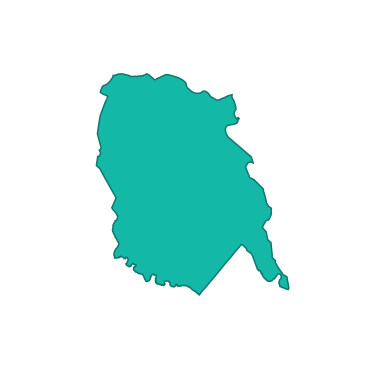 outline of Yagha, Yagha, Burkina Faso, rotated 40°
{"feature_id": "67063806B32901667163906", "entity_name": "Yagha", "entity_type": "district", "adm_level": 2, "iso_a3": "BFA", "parent_name": "Burkina Faso", "parent_adm1": "Yagha", "projection": "mercator", "projection_center": [0.619, 13.408], "detail": "fine", "context": "isolated", "style": "filled", "palette": "teal", "viewbox_px": 384, "rotation_deg": 40, "n_neighbors": 0, "source": "geoboundaries", "source_scale": "gbopen_adm2", "svg_char_len": 6048}
<svg xmlns="http://www.w3.org/2000/svg" viewBox="0 0 384 384"><g transform="rotate(40 192 192)"><path d="M175.1,292.3L175.6,292.0L176.7,291.0L176.9,290.4L177.7,289.9L177.9,289.4L177.7,289.1L177.8,288.7L178.0,288.7L178.4,288.8L178.8,288.7L178.8,288.3L178.6,287.5L178.7,287.0L179.4,286.7L180.2,286.6L180.7,286.4L181.2,286.4L182.1,286.4L182.7,286.7L183.3,286.4L183.8,285.9L183.8,285.5L183.5,285.3L183.4,284.3L183.8,284.1L185.0,284.1L185.3,284.3L186.4,284.6L186.9,285.3L187.0,285.8L187.4,286.8L187.4,287.2L187.4,287.6L187.8,288.2L187.9,288.9L187.6,289.4L188.0,289.5L188.2,290.0L188.5,290.1L191.2,289.8L191.9,289.4L192.3,289.3L192.3,288.9L192.7,288.5L192.8,287.9L192.8,287.5L192.3,287.1L192.0,286.6L192.7,285.3L192.7,284.8L192.8,284.5L193.6,284.8L194.0,284.5L194.4,284.7L195.6,283.9L196.0,284.0L196.5,284.5L196.4,284.8L196.5,285.3L196.2,285.5L195.9,286.9L196.1,287.0L196.0,287.5L196.1,287.8L196.7,288.1L196.8,288.6L197.1,288.9L197.5,289.3L198.7,289.3L199.1,289.2L199.5,289.5L199.8,289.5L200.6,289.4L200.8,289.1L201.8,288.8L202.4,288.9L203.3,288.6L203.6,288.8L204.0,288.7L204.8,287.8L206.0,287.4L206.6,287.0L207.2,287.0L207.7,287.0L208.6,287.4L209.8,288.0L210.3,288.2L210.9,288.7L211.9,289.1L212.5,289.2L213.0,289.4L213.6,290.0L214.5,289.9L214.9,289.6L215.1,289.2L215.6,288.6L215.9,288.0L216.2,287.1L215.9,286.3L215.9,285.3L215.2,284.0L214.8,283.3L214.5,283.1L214.8,282.7L214.7,281.5L214.5,280.7L214.8,279.9L216.2,279.7L216.6,280.0L217.1,279.3L217.5,279.1L218.0,279.2L218.7,279.5L218.8,279.7L219.6,280.8L219.9,281.2L219.7,281.6L219.8,282.1L220.6,282.8L220.7,283.2L221.3,283.7L221.5,283.5L221.7,284.0L222.1,284.3L222.6,284.2L222.7,284.7L223.0,284.7L223.5,284.2L223.9,284.8L224.4,284.8L224.7,284.6L225.1,284.5L225.4,284.3L225.5,283.9L226.3,283.9L226.6,283.8L226.7,283.6L227.3,283.1L227.8,283.2L228.5,283.1L228.8,282.8L228.4,282.5L228.5,282.3L228.8,282.2L229.5,282.2L229.8,281.9L230.3,281.9L230.6,281.3L230.7,280.4L230.2,279.6L229.8,279.6L229.3,279.5L228.6,278.3L228.7,277.9L229.0,277.4L229.3,277.3L229.5,277.1L229.5,276.6L229.8,276.1L231.3,275.5L231.6,275.3L232.0,275.3L232.4,275.8L233.3,275.6L233.7,275.9L234.1,276.1L234.2,276.8L234.7,276.9L235.3,277.4L236.0,277.5L236.7,277.5L237.4,277.3L238.1,276.8L239.1,276.5L239.7,275.3L239.5,274.5L239.1,273.1L239.2,272.8L239.4,272.5L240.1,272.5L240.6,273.3L240.9,273.4L241.3,273.4L241.6,272.8L243.0,272.4L243.2,272.1L243.2,271.2L244.1,271.0L244.1,270.5L244.6,269.6L245.5,269.2L246.2,268.6L246.5,268.6L247.0,267.7L248.0,267.5L248.8,267.2L249.1,267.0L249.2,266.8L249.4,266.6L250.0,266.9L250.5,267.0L251.4,266.6L252.6,266.3L253.2,266.5L255.3,266.7L256.3,266.3L256.7,266.3L256.9,266.4L257.9,266.2L258.9,265.9L259.2,265.9L260.2,266.3L260.5,266.2L261.5,266.2L262.5,265.9L262.6,266.2L262.8,266.2L263.7,266.2L263.5,260.7L263.7,254.9L263.7,239.1L263.5,225.5L263.6,213.7L263.4,211.4L263.6,200.6L265.2,200.0L269.6,200.3L271.8,201.5L277.2,201.1L279.8,202.2L292.1,209.3L292.9,209.0L293.7,209.4L294.9,208.4L297.4,209.9L298.4,209.3L298.9,210.4L303.0,211.6L305.2,211.5L306.9,211.7L308.6,210.9L310.3,208.7L310.2,206.2L310.9,205.5L310.5,199.9L311.0,199.0L312.7,198.3L314.0,198.8L315.7,200.7L315.6,202.9L316.7,205.5L320.1,207.8L327.6,205.4L328.4,204.9L328.0,203.4L319.1,195.9L314.8,196.8L313.2,196.2L308.1,194.9L301.0,192.5L300.2,191.0L295.9,190.7L285.0,180.0L280.5,179.8L274.5,174.9L268.6,173.9L267.1,166.6L268.7,163.9L267.7,159.9L266.8,157.7L265.0,155.9L263.2,153.5L259.6,153.7L256.2,152.6L251.6,148.9L246.0,145.2L244.7,143.9L231.2,142.7L227.0,143.9L216.8,138.4L216.1,133.4L217.4,131.3L220.2,130.4L214.8,127.0L184.3,126.7L180.6,125.4L177.6,123.0L176.4,120.9L176.3,118.3L181.1,112.4L182.1,110.3L182.0,108.9L180.7,107.4L181.0,106.9L180.9,105.4L179.4,105.4L179.3,107.2L176.9,106.7L174.0,105.2L173.0,103.5L172.4,100.2L171.5,99.3L168.4,97.0L166.4,95.9L165.5,95.1L163.1,94.5L160.9,93.0L160.2,91.7L158.9,93.4L157.5,95.8L156.1,98.9L154.6,101.6L153.9,103.4L153.5,104.1L152.7,105.0L151.9,105.6L150.6,106.0L148.7,106.1L146.0,106.8L144.8,106.8L143.4,106.6L141.7,106.1L140.1,105.8L138.4,106.0L137.1,106.4L136.1,107.2L135.7,107.8L135.4,108.5L135.3,109.6L135.1,110.1L134.5,111.1L132.8,112.9L130.7,114.4L127.1,115.3L122.4,115.1L121.5,115.2L120.7,115.0L119.9,114.5L118.8,113.7L117.9,112.8L116.9,112.4L115.7,112.2L114.3,112.2L112.6,112.3L108.9,113.0L104.1,114.8L98.6,117.4L97.1,118.4L96.7,118.8L96.2,119.5L93.8,124.7L92.8,126.8L92.2,128.1L91.9,129.4L91.6,129.7L91.0,130.1L88.6,130.0L83.9,130.0L82.6,130.2L81.9,130.5L81.4,130.6L81.0,131.3L80.7,132.4L79.9,133.7L79.6,134.6L79.8,134.8L79.3,135.2L78.4,135.6L78.1,135.9L78.0,136.3L77.7,136.7L76.6,137.4L76.1,138.1L75.9,138.5L75.8,138.8L75.7,139.0L75.3,139.1L74.5,139.5L73.5,140.6L72.8,141.1L72.0,141.8L71.5,142.4L71.0,142.7L70.4,142.8L68.2,143.6L65.4,145.0L63.7,145.7L62.2,146.7L60.8,148.0L59.6,149.4L57.7,152.5L56.6,153.5L57.2,154.0L57.4,154.4L57.5,155.0L57.7,155.8L57.7,157.0L58.0,161.2L57.8,162.6L57.0,165.4L55.7,167.7L55.6,168.9L55.9,170.1L56.3,171.0L56.7,172.5L57.3,173.9L57.6,174.5L58.3,174.6L59.6,174.4L60.8,174.3L64.3,173.1L65.9,172.8L66.9,175.3L67.9,179.3L71.6,189.7L72.8,192.8L76.1,198.5L81.4,207.0L81.9,207.9L82.5,208.5L94.1,216.6L94.3,217.7L94.2,219.3L94.2,219.8L94.5,219.9L95.9,220.2L96.5,220.5L96.9,221.2L98.1,223.6L98.1,223.9L98.0,224.1L97.7,224.4L97.0,225.1L97.0,225.4L101.7,233.1L106.5,233.4L117.2,237.6L137.5,245.2L137.8,245.6L140.7,255.6L142.6,256.3L145.5,256.6L148.5,257.4L149.8,258.1L150.1,258.0L150.5,258.2L150.7,258.4L150.9,258.7L151.1,259.0L151.6,260.1L152.4,261.6L151.8,262.7L151.6,263.4L152.0,264.0L152.1,264.6L152.0,265.4L152.7,267.4L153.0,268.6L153.5,268.9L154.4,270.0L155.6,272.4L156.2,272.7L156.4,272.9L156.7,273.2L157.7,273.5L158.4,274.1L160.0,274.8L160.4,274.7L161.2,275.1L161.5,275.5L162.0,275.7L162.1,276.0L162.9,276.0L164.0,276.4L164.4,276.6L165.2,276.8L166.1,277.4L166.5,277.5L166.9,277.7L168.0,277.8L168.5,278.3L169.5,278.8L169.6,279.3L169.7,280.3L170.3,280.9L170.3,281.1L170.4,282.4L170.2,284.2L170.7,286.9L171.1,287.4L171.4,288.6L172.2,289.8L172.9,290.7L174.2,291.1L174.4,291.5L174.9,291.9L175.1,292.3Z" fill="#14b8a6" stroke="#0f766e" stroke-width="1.5"/></g></svg>